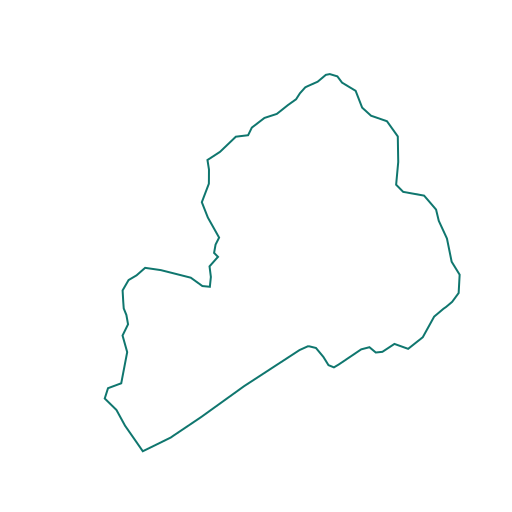 Nyong-et-Kelle, Centre, Cameroon, rotated 342°
{"feature_id": "32672807B27096701160694", "entity_name": "Nyong-et-Kelle", "entity_type": "district", "adm_level": 2, "iso_a3": "CMR", "parent_name": "Cameroon", "parent_adm1": "Centre", "projection": "orthographic", "projection_center": [10.8, 3.763], "detail": "fine", "context": "isolated", "style": "outline", "palette": "teal", "viewbox_px": 512, "rotation_deg": 342, "n_neighbors": 0, "source": "geoboundaries", "source_scale": "gbopen_adm2", "svg_char_len": 1311}
<svg xmlns="http://www.w3.org/2000/svg" viewBox="0 0 512 512"><g transform="rotate(342 256 256)"><path d="M382.4,105.8L378.4,105.3L368.5,109.3L357.9,110.4L355.0,110.8L348.1,114.8L344.9,117.4L342.6,119.3L333.1,122.3L319.7,127.3L306.7,127.3L291.7,132.6L285.8,138.7L273.7,136.3L254.0,145.8L239.5,149.7L238.0,159.2L235.1,168.0L233.5,172.7L229.3,177.9L221.1,188.1L222.1,204.6L226.6,227.1L221.1,232.6L217.1,240.1L219.6,245.1L217.6,246.2L208.6,251.5L206.6,262.0L202.6,271.0L195.7,268.0L187.3,256.5L172.4,247.1L161.1,240.0L148.1,233.6L146.9,233.0L136.4,237.5L127.4,239.5L121.6,244.7L118.5,247.5L115.6,258.5L114.0,265.0L114.5,272.0L113.2,281.4L104.5,290.4L103.8,307.6L88.5,335.4L74.4,336.0L68.1,344.8L75.7,359.3L79.0,376.9L84.1,393.7L88.0,406.7L118.9,402.3L121.8,401.4L153.8,392.3L204.5,376.1L268.4,358.9L277.4,357.9L278.8,358.4L284.6,362.0L288.9,372.8L291.2,382.2L295.7,386.0L301.0,384.8L327.2,377.3L335.7,377.8L340.1,384.8L346.6,386.2L360.5,382.4L372.0,391.3L389.5,384.8L406.7,368.7L418.0,364.1L421.0,363.2L428.4,360.2L437.3,353.8L443.9,336.7L440.3,321.9L443.0,298.4L440.7,279.0L441.6,267.5L437.0,256.4L434.5,250.5L415.8,240.5L411.3,231.5L420.3,210.6L427.8,186.1L422.2,168.3L410.2,159.2L408.8,158.2L402.8,147.7L401.8,129.7L391.4,117.7L388.9,110.3L382.4,105.8Z" fill="none" stroke="#0f766e" stroke-width="2"/></g></svg>